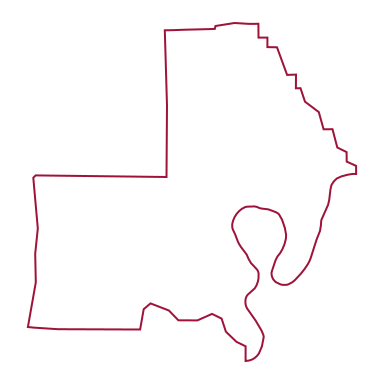 New Madrid, Missouri, United States of America (Albers equal-area conic projection)
{"feature_id": "52423323B13750065004346", "entity_name": "New Madrid", "entity_type": "district", "adm_level": 2, "iso_a3": "USA", "parent_name": "United States of America", "parent_adm1": "Missouri", "projection": "albers", "projection_center": [-89.531, 36.604], "detail": "fine", "context": "isolated", "style": "outline", "palette": "rose", "viewbox_px": 384, "rotation_deg": 0, "n_neighbors": 0, "source": "geoboundaries", "source_scale": "gbopen_adm2", "svg_char_len": 1806}
<svg xmlns="http://www.w3.org/2000/svg" viewBox="0 0 384 384"><path d="M245.6,361.0L249.2,360.5L252.4,359.4L254.8,357.9L257.0,355.9L258.9,353.5L261.9,346.4L263.6,337.7L263.7,336.8L263.3,334.7L261.5,330.5L255.7,320.7L247.0,308.3L246.0,306.0L245.5,303.8L245.4,301.6L245.6,298.9L246.5,296.4L247.7,294.7L254.7,288.4L255.7,286.8L256.6,285.2L257.8,281.8L258.5,278.6L258.6,273.3L258.0,271.2L257.0,269.5L251.0,263.1L248.6,259.0L246.7,254.6L240.9,246.9L238.9,243.7L237.9,241.6L235.1,234.3L232.9,229.6L232.3,227.7L232.2,224.4L233.0,220.9L234.6,217.1L236.4,214.2L239.0,211.2L241.8,208.9L245.1,207.1L246.9,206.7L254.5,206.4L257.2,207.0L259.0,207.9L261.2,208.5L268.5,209.4L276.2,212.3L278.2,213.6L279.1,214.5L282.1,219.8L284.9,228.1L286.1,234.8L285.9,238.7L284.5,244.2L282.5,249.0L280.1,253.2L277.5,256.4L276.0,259.3L275.3,260.9L271.9,271.2L271.5,272.9L271.6,274.6L272.0,276.6L273.3,279.5L275.6,282.0L280.5,284.4L282.9,284.9L286.8,284.8L288.7,284.2L292.4,282.2L294.8,280.2L300.7,273.9L304.5,269.1L307.7,264.4L309.3,261.5L310.6,258.3L316.5,239.8L320.0,230.9L321.0,224.8L321.1,222.0L321.4,219.9L328.1,204.8L329.2,200.0L330.5,189.3L331.3,185.6L331.8,184.4L334.0,181.2L336.8,178.5L341.4,176.4L347.8,174.7L352.8,173.9L356.1,174.0L356.1,165.9L346.7,161.6L346.6,152.1L337.3,147.5L332.5,129.2L323.6,129.3L318.8,112.1L305.0,101.7L300.5,88.2L295.9,88.3L296.0,74.6L287.1,74.9L277.0,47.3L267.4,47.1L267.4,37.6L258.5,37.6L258.4,23.8L249.4,23.9L234.5,23.0L215.5,26.0L214.8,28.9L205.9,29.2L185.2,29.7L171.5,30.2L164.8,30.3L167.0,105.6L166.5,177.0L35.6,175.4L33.3,177.8L37.8,228.4L35.2,253.8L35.8,282.4L27.9,327.0L33.6,327.6L58.0,329.2L140.1,329.5L143.7,309.2L150.5,303.4L168.9,310.5L178.4,320.3L197.4,320.4L212.0,313.9L221.6,318.6L225.9,331.7L236.4,341.8L245.6,346.3L245.6,361.0Z" fill="none" stroke="#9f1239" stroke-width="2"/></svg>